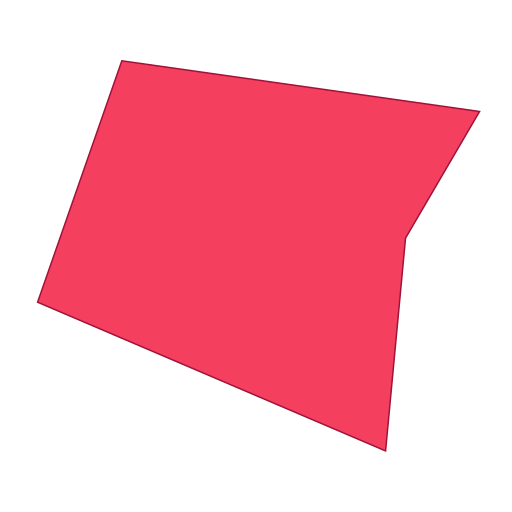 Shirin city, Tashkent, Uzbekistan (Robinson projection), rotated 273°
{"feature_id": "79887680B49075560647606", "entity_name": "Shirin city", "entity_type": "district", "adm_level": 2, "iso_a3": "UZB", "parent_name": "Uzbekistan", "parent_adm1": "Tashkent", "projection": "robinson", "projection_center": [69.117, 40.217], "detail": "fine", "context": "isolated", "style": "filled", "palette": "rose", "viewbox_px": 512, "rotation_deg": 273, "n_neighbors": 0, "source": "geoboundaries", "source_scale": "gbopen_adm2", "svg_char_len": 241}
<svg xmlns="http://www.w3.org/2000/svg" viewBox="0 0 512 512"><g transform="rotate(273 256 256)"><path d="M443.9,111.8L198.4,40.3L68.1,395.6L281.7,404.4L412.0,471.7L443.9,111.8Z" fill="#f43f5e" stroke="#9f1239" stroke-width="1.5"/></g></svg>